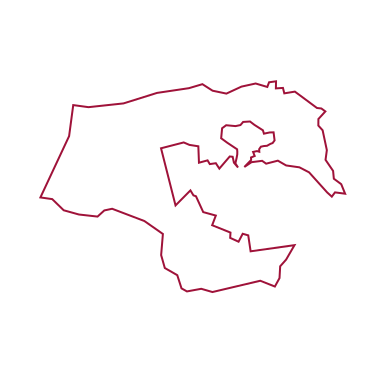 the district of Bukhara, Bukhoro, Uzbekistan, rotated 78°
{"feature_id": "79887680B68174345072699", "entity_name": "Bukhara", "entity_type": "district", "adm_level": 2, "iso_a3": "UZB", "parent_name": "Uzbekistan", "parent_adm1": "Bukhoro", "projection": "orthographic", "projection_center": [64.472, 39.582], "detail": "fine", "context": "isolated", "style": "outline", "palette": "rose", "viewbox_px": 384, "rotation_deg": 78, "n_neighbors": 0, "source": "geoboundaries", "source_scale": "gbopen_adm2", "svg_char_len": 1581}
<svg xmlns="http://www.w3.org/2000/svg" viewBox="0 0 384 384"><g transform="rotate(78 192 192)"><path d="M82.3,290.1L111.8,300.6L165.8,341.4L169.9,330.2L183.2,321.3L190.5,307.3L196.4,289.5L191.8,281.6L191.8,273.6L210.5,244.6L227.0,229.2L247.3,235.3L260.7,234.4L270.3,223.7L284.1,222.3L288.2,217.6L288.6,203.1L294.1,192.8L293.0,143.7L301.7,130.6L294.4,124.3L283.0,121.2L277.7,114.0L265.3,102.8L262.2,147.0L246.1,146.0L243.4,151.1L250.3,156.8L244.8,164.2L239.7,162.8L228.7,179.2L220.0,173.6L214.0,185.2L197.0,189.0L195.6,191.3L190.1,193.2L201.7,210.9L142.8,213.2L141.8,189.8L145.4,184.7L148.6,176.3L164.8,179.1L164.3,170.2L168.4,168.8L168.8,162.7L174.8,160.4L165.1,147.7L166.0,144.9L172.0,144.9L177.6,141.9L173.0,143.6L168.0,141.3L164.6,139.9L162.0,139.3L159.6,139.0L151.1,147.3L145.5,152.3L135.9,149.3L133.8,144.7L136.6,135.7L136.6,130.7L134.1,127.4L135.1,120.6L139.3,117.0L146.4,109.8L149.9,109.5L149.9,103.7L150.6,99.8L158.7,100.5L160.9,103.0L161.2,105.2L162.4,109.0L162.0,112.1L162.0,115.2L164.1,117.4L166.6,117.8L165.5,119.9L165.5,123.9L169.8,123.2L170.5,127.1L173.0,127.5L178.4,135.6L175.2,127.6L176.1,116.9L179.7,113.6L179.2,101.5L185.6,94.4L190.2,81.8L197.1,73.4L220.5,59.9L225.6,56.2L222.1,52.2L225.5,42.6L215.4,44.4L208.5,50.5L200.7,49.6L188.3,54.7L179.1,51.4L158.8,51.4L153.3,54.6L146.9,53.2L140.9,44.8L137.2,48.1L135.8,52.3L115.2,70.5L114.7,81.2L109.1,81.4L108.1,88.4L101.2,86.8L100.7,93.8L104.9,96.5L99.1,107.2L99.2,121.7L102.9,137.9L97.2,150.8L88.7,159.4L89.8,173.4L87.8,205.6L91.1,240.6L87.5,275.6L82.3,290.1Z" fill="none" stroke="#9f1239" stroke-width="2"/></g></svg>